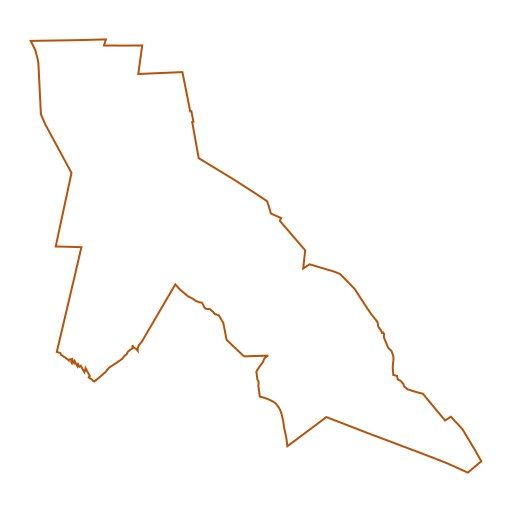 Escobedo, Coahuila, Mexico (Equal Earth projection)
{"feature_id": "50627088B23195967378884", "entity_name": "Escobedo", "entity_type": "district", "adm_level": 2, "iso_a3": "MEX", "parent_name": "Mexico", "parent_adm1": "Coahuila", "projection": "equal_earth", "projection_center": [-101.288, 27.307], "detail": "fine", "context": "isolated", "style": "outline", "palette": "amber", "viewbox_px": 512, "rotation_deg": 0, "n_neighbors": 0, "source": "geoboundaries", "source_scale": "gbopen_adm2", "svg_char_len": 2652}
<svg xmlns="http://www.w3.org/2000/svg" viewBox="0 0 512 512"><path d="M30.7,40.9L35.3,50.1L37.2,57.0L38.1,61.6L38.4,63.5L39.5,85.8L40.9,114.3L45.7,125.3L46.0,125.7L71.5,172.9L55.7,246.5L69.1,246.8L81.4,247.2L72.9,283.8L72.8,284.0L70.9,292.1L70.7,292.9L66.5,310.8L56.8,351.9L60.4,353.1L60.8,354.4L60.9,354.7L62.2,355.5L66.5,358.6L68.4,359.8L68.9,360.5L69.2,359.6L70.8,359.3L72.0,359.0L71.2,361.8L71.9,363.1L72.7,360.5L73.3,361.8L74.0,363.0L74.7,361.0L77.4,366.3L78.1,364.3L79.4,366.8L80.7,365.7L82.8,369.5L84.4,372.2L85.1,370.3L85.5,368.2L89.8,376.0L88.9,377.0L88.7,377.3L88.8,377.4L89.2,377.8L91.8,379.4L92.7,380.4L93.4,381.0L94.2,381.5L94.3,381.5L94.6,381.3L95.4,380.7L95.4,380.4L95.7,380.2L96.2,379.9L96.3,380.0L103.4,373.9L103.7,373.6L105.7,371.9L106.4,371.1L106.9,370.2L107.1,370.0L109.0,367.7L113.2,365.0L116.8,362.7L119.1,361.0L120.0,360.5L122.4,358.5L124.6,355.8L125.1,355.4L126.0,354.8L126.9,353.8L127.5,352.2L128.1,351.6L128.4,351.3L128.7,351.0L128.9,350.9L129.1,350.7L130.9,349.5L132.4,348.5L132.5,345.2L133.4,347.4L136.4,349.0L136.5,349.1L137.7,350.7L137.6,348.7L138.9,345.3L139.1,345.1L139.2,344.8L141.2,342.4L142.1,341.2L143.2,339.3L175.3,284.4L179.8,289.4L188.0,296.3L193.0,298.8L195.4,300.7L198.7,302.1L199.7,302.3L201.8,302.6L202.9,304.3L204.3,307.3L205.7,308.8L209.8,309.1L213.0,311.8L214.9,314.1L218.7,315.2L223.3,322.9L226.6,339.9L243.6,356.0L244.2,356.3L245.6,356.3L246.1,356.3L268.3,355.6L268.0,355.7L265.5,357.3L264.4,358.4L262.9,362.1L259.1,367.3L257.2,370.1L256.4,371.8L257.4,379.5L258.4,381.1L258.6,383.7L258.3,385.6L259.8,396.6L264.1,397.7L267.1,398.8L270.1,400.1L272.5,401.3L275.4,403.2L277.4,405.6L278.7,407.3L280.3,410.3L281.8,414.8L283.3,421.6L283.9,426.7L286.2,437.1L287.4,446.2L326.4,417.1L366.7,432.7L423.0,453.9L446.7,463.1L467.8,472.6L471.3,469.7L481.3,461.3L474.7,449.6L462.4,429.1L450.8,416.7L445.1,420.5L427.0,398.8L423.0,393.8L414.0,391.4L407.6,389.3L403.8,386.1L403.6,384.2L400.6,380.9L397.7,379.3L397.0,375.9L393.3,375.0L392.7,366.9L393.5,359.0L393.2,355.7L391.5,351.1L388.1,347.6L384.1,337.9L383.8,335.7L384.2,334.3L383.2,332.5L381.9,332.9L381.0,330.4L380.8,330.3L378.5,327.1L377.4,321.9L371.2,314.1L370.3,312.8L369.6,311.8L369.4,311.6L369.1,310.8L368.0,309.5L354.7,289.0L342.2,276.1L339.8,273.9L334.1,271.6L309.6,264.3L303.2,268.5L305.2,250.3L290.0,232.7L279.9,220.9L281.1,218.1L270.9,213.5L268.2,204.4L267.1,201.3L266.9,201.1L254.6,192.9L254.3,192.7L232.3,178.6L198.7,158.2L192.2,122.0L193.4,121.7L191.4,111.2L190.2,111.4L187.7,98.5L182.4,72.1L182.0,72.1L138.3,74.0L140.6,56.9L140.7,56.6L142.2,45.5L123.7,45.6L104.0,45.5L105.9,39.4L79.8,40.1L30.7,40.9Z" fill="none" stroke="#b45309" stroke-width="2"/></svg>